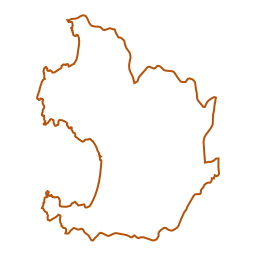 Kathu, Phuket, Thailand (Equal Earth projection)
{"feature_id": "78962969B91269894651951", "entity_name": "Kathu", "entity_type": "district", "adm_level": 2, "iso_a3": "THA", "parent_name": "Thailand", "parent_adm1": "Phuket", "projection": "equal_earth", "projection_center": [98.291, 7.922], "detail": "fine", "context": "isolated", "style": "outline", "palette": "amber", "viewbox_px": 256, "rotation_deg": 0, "n_neighbors": 0, "source": "geoboundaries", "source_scale": "gbopen_adm2", "svg_char_len": 5615}
<svg xmlns="http://www.w3.org/2000/svg" viewBox="0 0 256 256"><path d="M189.5,78.4L188.0,78.9L187.3,79.5L186.1,81.3L185.5,82.0L183.4,82.1L181.1,81.7L180.3,81.1L177.9,77.9L174.5,72.7L173.3,71.6L171.9,71.2L165.9,70.6L164.0,70.1L163.5,69.7L161.5,67.6L160.1,66.4L158.2,65.8L157.3,66.0L155.3,68.0L154.1,68.6L149.2,66.7L147.7,67.1L146.8,67.9L145.1,70.1L139.3,76.6L138.8,77.4L137.9,80.3L137.4,81.4L134.4,83.1L132.9,77.2L131.5,74.1L130.6,72.5L129.6,69.9L129.3,68.8L129.1,65.3L129.6,61.8L130.5,57.8L130.4,55.5L129.9,53.3L129.0,51.8L126.2,47.8L124.9,44.2L124.3,40.7L123.6,40.0L121.5,38.2L120.1,37.6L118.6,37.5L118.3,37.2L115.7,32.5L115.0,30.0L114.5,29.3L112.6,29.2L110.6,28.4L109.5,28.3L105.4,29.8L104.1,30.1L103.0,29.7L101.0,27.6L100.1,27.0L97.8,26.6L95.9,26.7L91.7,25.8L91.0,25.3L89.5,23.3L87.0,17.8L85.6,16.0L84.2,15.4L82.7,15.4L81.2,15.8L78.0,17.8L76.3,18.4L74.8,18.8L71.7,18.9L69.6,20.0L67.4,20.1L68.6,22.0L70.1,22.1L71.3,21.9L71.9,22.0L72.2,22.5L72.7,24.9L72.7,26.0L72.1,27.3L71.3,27.6L71.1,27.9L72.1,28.8L71.7,29.7L71.7,30.1L72.7,30.8L72.4,31.5L72.4,32.0L73.0,32.6L73.1,34.1L73.3,34.8L74.0,35.5L75.6,36.1L75.9,36.0L76.6,34.8L77.4,35.0L77.9,35.5L78.4,36.4L78.9,38.3L79.2,42.1L79.1,43.8L77.4,55.7L76.5,59.6L75.2,62.0L74.2,63.2L73.9,64.0L72.9,64.3L69.0,66.6L68.6,66.4L68.4,64.6L67.6,64.1L66.3,64.3L65.9,65.0L65.6,65.1L64.6,64.6L63.2,64.5L62.6,65.4L61.7,65.6L61.3,67.9L54.6,72.3L52.8,72.7L50.6,70.4L50.0,70.3L49.3,70.9L47.9,70.9L47.3,70.1L47.4,68.9L46.7,68.5L46.6,67.3L46.3,67.0L45.7,67.0L44.6,67.8L43.9,68.9L43.8,70.1L43.4,71.7L44.2,72.7L43.8,74.0L44.2,74.8L44.4,76.3L44.2,77.5L44.8,78.5L44.8,79.1L43.2,79.6L42.5,81.0L41.8,81.8L41.4,83.7L40.6,85.7L39.7,88.8L39.4,90.7L39.2,91.3L38.8,91.6L38.5,93.5L38.0,94.3L37.0,98.0L37.5,98.9L38.1,98.9L39.1,100.0L39.8,99.8L40.7,98.5L41.2,98.5L41.5,98.9L42.7,99.1L43.0,99.5L43.1,100.2L42.5,101.6L42.5,102.3L43.1,104.5L44.2,106.1L44.2,107.6L44.0,108.2L43.4,108.8L42.7,110.3L42.7,112.1L42.1,113.4L41.9,115.0L42.0,115.3L42.4,115.7L43.6,115.4L44.0,115.7L44.1,116.1L43.8,116.8L44.3,117.7L44.1,119.4L44.4,119.8L44.7,120.8L45.2,121.1L44.9,122.3L45.3,123.0L45.6,123.1L45.5,123.3L44.6,123.1L44.1,123.4L43.6,123.9L43.8,124.4L45.3,124.7L45.9,124.5L46.0,123.7L46.6,123.7L47.6,123.1L48.2,122.6L48.7,121.5L49.1,121.3L50.5,119.2L51.0,119.1L51.8,119.3L53.5,120.2L53.6,122.3L54.4,124.7L55.3,125.8L55.8,125.9L56.9,125.0L58.2,124.7L58.4,124.3L58.4,121.3L59.4,120.0L62.2,120.3L64.0,121.0L66.7,122.6L67.2,123.7L66.9,124.4L66.8,124.9L67.0,125.3L67.3,125.2L67.5,125.7L68.3,126.9L68.5,127.6L69.0,128.2L69.6,128.3L70.8,127.3L71.6,127.4L71.8,127.9L71.5,129.7L72.4,130.8L73.1,132.6L74.4,132.9L74.9,133.3L75.2,134.6L75.1,135.9L75.3,136.6L76.0,137.2L76.8,137.4L77.8,138.5L80.4,140.4L82.4,141.6L83.1,141.6L83.5,141.2L84.2,141.0L84.9,140.0L86.0,139.6L88.1,139.5L89.8,138.9L90.6,139.2L91.9,140.8L92.7,141.0L95.0,144.6L96.2,146.8L97.8,151.2L99.1,153.2L99.2,153.8L99.0,154.3L99.1,155.0L99.8,155.3L100.4,156.1L99.6,156.7L99.7,156.9L100.5,156.9L100.0,157.4L99.8,158.5L100.2,159.9L100.8,160.0L101.3,160.5L101.4,162.1L100.1,175.2L99.2,180.8L97.9,186.6L96.7,190.8L95.2,195.2L93.4,199.4L91.0,204.2L89.7,206.0L88.9,206.6L86.8,207.5L85.4,207.4L84.9,206.7L84.5,204.9L84.0,204.4L78.3,205.5L78.0,205.2L77.3,204.0L77.0,203.7L76.5,203.6L75.4,202.1L75.0,201.8L71.8,203.6L70.5,205.7L70.2,205.8L66.3,206.8L61.3,206.5L60.0,206.0L59.7,205.5L59.9,200.5L58.8,198.0L58.2,197.3L57.6,197.0L54.8,197.4L53.5,197.0L52.6,197.0L51.9,196.3L51.8,195.5L51.5,195.0L50.8,195.1L50.3,195.9L49.3,195.9L48.6,195.2L48.2,194.3L48.2,193.7L48.7,192.6L48.7,192.0L47.6,191.1L47.3,191.2L46.3,192.4L46.1,193.5L46.1,194.0L46.7,195.0L46.8,195.8L47.3,196.6L47.3,197.1L45.2,197.4L44.6,197.8L44.3,200.4L44.3,202.1L44.1,202.7L43.4,202.9L43.4,204.8L42.0,208.0L42.7,208.1L43.1,208.4L43.9,210.0L44.9,211.4L45.7,212.0L46.8,212.4L47.0,212.9L47.2,214.1L47.9,215.4L47.6,217.7L47.8,219.8L48.9,220.1L49.6,220.7L50.0,220.6L56.5,216.7L58.5,214.7L58.8,214.7L60.3,215.7L60.6,216.2L60.1,218.2L59.9,220.2L60.5,222.9L61.2,223.7L61.4,225.9L61.9,226.3L62.5,226.4L62.7,227.4L63.4,227.9L65.2,228.2L66.2,229.1L66.1,231.1L65.4,233.3L67.7,233.6L68.6,233.3L70.7,230.6L73.5,228.1L74.9,228.2L77.5,229.5L78.9,229.5L80.9,228.8L82.0,228.9L83.1,229.6L84.3,232.0L85.7,233.4L88.5,235.3L91.1,239.9L92.5,240.6L93.2,240.3L94.8,238.2L97.4,235.8L99.0,233.6L100.4,232.9L101.1,232.9L102.4,233.3L106.9,235.5L108.4,235.9L109.2,235.8L113.0,234.0L114.7,233.3L116.0,233.1L126.8,235.1L130.6,237.1L131.5,237.3L132.3,237.2L133.7,235.7L134.5,235.4L137.3,237.7L138.2,238.1L138.9,238.1L140.3,237.4L142.1,237.2L143.5,237.3L152.0,240.2L153.7,240.5L156.5,239.4L158.7,235.9L158.5,234.4L158.5,233.4L159.2,231.7L160.9,230.1L163.5,228.2L164.7,227.8L165.5,227.9L166.3,228.2L167.4,229.2L168.4,229.7L169.9,230.3L171.6,230.6L172.5,230.4L175.0,229.1L177.5,227.3L178.6,225.5L181.1,219.1L184.1,212.5L185.0,211.2L186.2,209.8L187.7,206.1L193.7,195.8L194.8,194.6L195.3,194.3L199.9,194.0L200.5,193.7L200.7,193.0L201.1,189.9L203.4,187.1L204.3,185.0L205.5,183.9L206.7,183.2L207.8,182.7L210.3,182.6L211.0,181.8L211.5,180.6L211.8,179.5L211.7,179.1L211.8,178.2L213.9,178.5L214.8,175.2L216.2,176.0L217.0,176.1L218.1,175.4L219.0,173.8L218.4,167.0L218.5,158.4L217.6,158.4L215.7,158.8L214.4,160.2L211.8,161.6L211.0,161.9L208.5,161.9L205.0,162.6L203.6,142.8L203.7,140.9L204.0,139.0L204.4,137.5L205.6,135.1L210.5,128.6L211.9,126.2L212.7,124.3L213.0,115.3L214.1,109.9L214.5,105.5L215.9,97.6L214.5,97.1L212.9,97.6L209.3,100.0L207.4,101.8L206.2,103.8L205.0,106.7L204.3,107.1L203.3,106.9L198.3,100.9L197.4,99.2L197.0,97.4L196.8,93.1L195.9,89.0L195.3,83.6L194.8,82.0L193.5,80.2L192.6,79.5L189.5,78.4Z" fill="none" stroke="#b45309" stroke-width="2"/></svg>